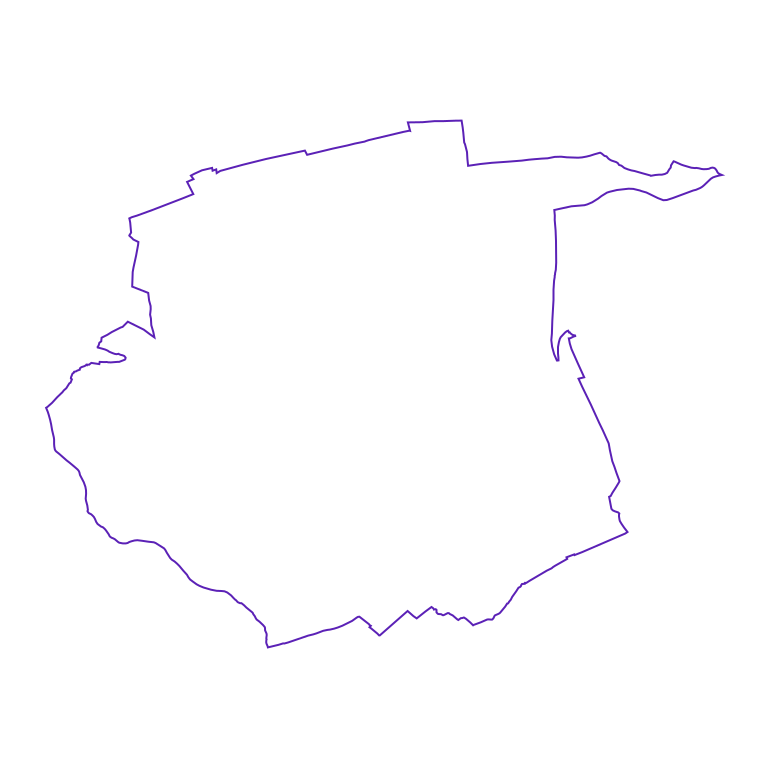 Vulturesti, Vaslui, Romania (Robinson projection)
{"feature_id": "2599482B20293343486233", "entity_name": "Vulturesti", "entity_type": "district", "adm_level": 2, "iso_a3": "ROU", "parent_name": "Romania", "parent_adm1": "Vaslui", "projection": "robinson", "projection_center": [27.534, 46.797], "detail": "fine", "context": "isolated", "style": "outline", "palette": "violet", "viewbox_px": 768, "rotation_deg": 0, "n_neighbors": 0, "source": "geoboundaries", "source_scale": "gbopen_adm2", "svg_char_len": 6045}
<svg xmlns="http://www.w3.org/2000/svg" viewBox="0 0 768 768"><path d="M567.2,558.9L566.5,557.3L574.2,554.4L574.5,555.1L582.2,552.1L625.3,533.5L627.5,532.0L624.1,527.6L621.5,523.8L619.9,521.1L619.5,519.7L619.0,516.5L619.0,514.8L619.3,513.5L618.1,512.4L614.8,511.3L612.7,510.3L611.4,508.8L609.1,496.8L610.7,496.0L612.4,492.8L615.9,487.4L618.9,482.4L619.5,481.1L616.5,473.0L614.5,467.0L612.3,461.2L609.9,450.2L608.7,443.4L602.8,430.3L599.2,422.9L590.8,404.5L582.1,386.6L578.5,378.7L584.2,377.3L577.8,363.3L571.5,349.1L569.8,343.5L568.8,338.4L570.1,338.3L573.7,336.5L575.2,336.1L575.1,335.5L572.5,334.9L570.2,333.1L569.7,332.3L568.9,332.4L568.2,330.7L566.8,331.2L565.1,332.5L560.7,337.2L559.8,339.0L558.9,342.2L558.0,347.0L558.0,353.6L558.4,357.5L558.5,360.4L557.0,360.6L556.8,360.3L554.2,354.4L552.1,346.7L551.3,340.1L551.9,333.6L552.3,320.9L553.5,300.1L553.5,289.8L554.1,280.6L554.7,277.0L554.7,275.6L555.0,274.8L555.1,273.1L555.8,269.9L556.2,262.7L556.0,241.0L555.6,230.6L554.7,219.9L554.8,215.5L554.3,210.0L571.4,206.3L584.5,205.2L587.3,204.4L592.2,202.3L598.1,198.6L601.5,196.0L607.0,192.6L609.9,191.7L617.0,190.0L628.6,188.7L633.3,188.9L639.9,190.5L641.5,191.1L646.4,192.5L657.9,198.1L663.3,200.2L666.8,200.0L672.7,198.1L693.2,190.5L696.0,189.8L700.4,187.9L702.3,186.7L704.1,185.2L710.8,178.8L713.0,177.4L715.6,176.5L719.3,175.5L721.9,175.0L719.6,174.0L718.3,173.2L717.6,172.4L716.5,170.3L715.2,168.6L714.0,167.9L712.6,167.6L710.9,167.9L708.9,168.8L706.6,169.1L703.6,169.2L701.7,169.0L698.9,168.3L696.1,167.9L695.1,168.1L691.3,167.7L683.5,165.4L681.2,164.6L674.6,161.6L673.6,161.3L671.0,165.4L670.7,167.6L669.3,169.3L667.2,172.8L664.8,174.0L661.7,174.7L658.7,174.7L655.4,175.0L650.8,175.8L650.5,175.5L642.9,173.4L634.5,171.0L631.3,170.4L628.0,169.4L624.4,168.0L622.0,166.1L621.0,165.5L619.1,165.0L617.8,163.1L616.2,162.1L611.4,160.5L609.6,159.5L608.3,158.5L606.5,156.4L604.5,155.9L601.5,153.4L600.1,152.7L594.4,154.3L590.1,155.7L586.4,156.6L582.0,157.4L578.1,157.7L566.8,157.3L561.0,156.7L554.7,156.9L547.6,158.3L541.9,158.6L534.4,159.2L528.8,159.7L521.8,160.6L507.7,161.7L491.9,162.8L480.5,164.0L468.1,165.8L467.4,159.0L467.0,152.0L465.0,144.2L464.2,142.5L463.3,132.7L462.7,127.6L461.6,120.6L455.2,120.7L444.0,121.1L434.9,121.1L422.4,122.2L407.9,122.4L410.1,130.9L409.3,130.7L402.9,132.0L368.8,140.1L366.1,141.0L364.6,141.6L354.7,143.6L347.6,145.4L332.8,148.6L307.1,154.8L304.9,150.6L266.0,159.0L242.7,164.8L220.3,170.9L216.7,173.1L216.2,169.4L212.6,170.7L212.1,167.9L202.0,170.3L194.3,173.8L190.9,175.6L193.5,179.1L187.1,181.9L193.3,194.1L182.8,198.3L152.4,210.0L137.0,215.6L131.8,217.2L129.3,218.4L129.5,219.0L130.2,222.6L131.1,232.6L129.3,235.4L129.5,235.9L132.2,238.3L133.3,239.5L138.4,242.0L138.1,244.8L136.1,255.6L133.5,267.5L132.7,272.0L132.2,286.6L148.2,292.9L149.1,300.5L150.6,306.0L150.7,309.2L150.1,314.7L150.9,318.4L151.3,325.2L153.3,332.0L154.4,337.4L150.1,334.4L143.7,329.6L127.8,321.7L122.6,326.9L120.7,327.5L111.7,332.1L107.4,334.8L101.6,337.7L101.2,341.4L99.4,342.7L98.6,345.5L97.6,347.0L97.7,347.5L101.6,348.5L105.1,349.5L107.6,350.6L109.4,351.8L112.8,353.2L114.8,353.9L116.6,354.2L118.6,353.8L119.1,354.2L120.5,354.8L122.6,355.3L124.3,356.0L125.6,357.6L125.4,358.9L124.8,359.7L119.1,361.9L117.2,361.9L110.9,362.4L108.2,362.3L106.8,362.0L104.1,362.1L99.7,361.9L99.3,364.1L91.3,362.9L89.1,364.7L86.8,364.6L86.8,365.2L86.0,365.1L84.8,366.0L81.3,367.2L79.9,368.4L79.8,369.7L77.2,370.6L76.2,371.3L74.1,371.8L74.0,372.5L72.5,373.6L71.0,377.4L70.9,378.5L71.9,379.3L70.6,382.6L69.3,383.4L66.3,388.2L63.8,390.4L62.5,392.1L57.2,397.2L52.0,402.9L47.2,407.1L46.1,407.8L47.8,411.9L48.7,414.7L50.1,419.7L51.1,424.2L52.1,430.1L53.8,437.3L54.1,439.6L54.1,444.1L54.3,446.6L54.8,449.3L55.3,450.4L56.1,451.4L59.0,453.7L66.5,460.3L69.6,462.7L75.2,467.4L77.7,469.6L78.8,471.0L79.4,472.4L80.0,475.0L83.8,482.3L85.4,486.8L86.0,490.2L86.1,493.9L85.7,498.6L86.0,500.7L87.3,505.5L87.6,507.7L87.9,509.8L87.5,511.1L87.8,511.8L88.8,513.1L91.2,514.3L92.7,515.7L93.9,517.0L95.0,519.0L96.2,521.9L97.6,524.0L101.1,526.6L102.8,527.2L104.2,528.4L105.1,529.3L106.2,530.7L108.7,534.3L109.6,536.1L110.0,536.6L111.5,537.7L113.3,538.4L114.8,539.2L118.1,542.0L119.2,542.7L122.8,543.4L125.8,543.4L127.6,543.0L129.3,542.0L131.4,541.3L134.4,540.5L137.3,540.2L142.2,540.8L148.3,541.7L153.8,542.3L155.6,543.0L164.1,548.4L165.4,550.1L166.8,552.7L170.1,557.9L171.7,559.6L174.6,561.5L177.0,563.6L179.3,565.9L183.3,570.7L187.0,574.8L188.4,577.3L190.1,579.5L193.0,581.7L196.6,584.3L199.4,585.8L203.5,587.5L211.0,589.7L216.6,590.8L221.4,591.0L224.5,591.3L227.3,592.5L231.1,595.4L233.5,598.0L235.1,599.6L236.0,600.2L237.5,601.9L238.2,602.4L240.1,603.2L241.5,603.2L244.1,605.3L246.3,607.5L251.7,611.9L252.7,612.8L253.3,614.2L254.8,616.2L255.6,617.9L256.6,619.5L259.4,621.6L263.1,625.1L264.7,627.0L265.0,627.9L265.1,630.4L266.5,633.5L266.7,635.0L266.3,638.3L266.6,639.3L266.4,639.6L266.2,642.2L266.5,643.7L267.6,646.2L267.9,647.4L278.6,644.8L283.1,643.4L284.4,643.5L288.0,642.5L308.2,635.6L313.2,634.4L316.4,633.4L323.2,630.8L327.5,629.9L330.0,629.6L334.3,628.6L337.8,627.5L342.4,625.7L352.1,620.9L356.7,617.6L357.9,616.9L359.4,616.7L369.0,624.2L369.5,625.0L370.8,625.8L369.5,627.2L371.5,628.7L377.4,633.6L379.1,635.4L379.8,635.4L407.6,611.0L413.4,616.1L416.7,618.4L425.4,611.5L431.5,607.0L433.1,608.2L433.8,609.0L433.9,609.5L435.7,609.2L436.5,609.9L436.5,612.4L437.5,613.5L438.2,614.0L441.1,614.2L442.8,615.2L443.4,615.2L444.4,614.8L447.7,613.1L448.8,613.1L449.8,614.0L452.7,615.4L457.2,619.3L458.3,620.0L460.8,618.2L462.4,618.0L463.9,617.5L466.0,618.8L470.3,622.5L473.1,625.3L473.7,624.9L480.8,622.3L487.2,619.5L488.6,619.4L491.4,619.6L492.3,619.5L493.4,618.3L494.6,615.8L495.1,615.3L498.6,613.8L499.7,613.1L500.3,612.5L505.2,606.6L507.1,603.6L507.7,603.6L508.5,602.8L509.1,601.7L510.8,599.7L512.2,596.9L516.2,591.3L518.5,587.7L520.0,587.0L520.8,586.3L521.2,585.1L522.0,584.0L524.8,583.8L524.9,583.3L524.8,583.0L525.0,582.8L525.6,583.0L526.3,582.9L529.4,580.9L546.7,570.7L551.6,568.3L553.0,567.1L555.2,565.7L567.2,558.9Z" fill="none" stroke="#5b21b6" stroke-width="2"/></svg>